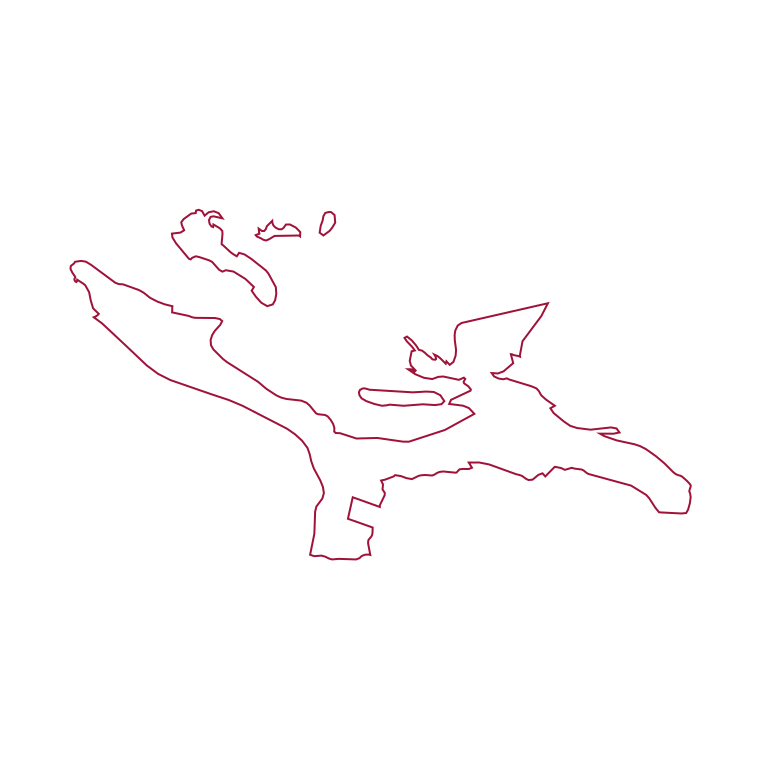 an SVG outline of Quezon, rotated 315°
{"feature_id": "PHL-2572", "entity_name": "Quezon", "entity_type": "Province", "adm_level": 1, "iso_a3": "PHL", "parent_name": "Philippines", "parent_adm1": "", "projection": "equal_earth", "projection_center": [122.011, 14.191], "detail": "fine", "context": "isolated", "style": "outline", "palette": "rose", "viewbox_px": 768, "rotation_deg": 315, "n_neighbors": 0, "source": "natural_earth", "source_scale": "10m", "svg_char_len": 5167}
<svg xmlns="http://www.w3.org/2000/svg" viewBox="0 0 768 768"><g transform="rotate(315 384 384)"><path d="M251.9,79.1L256.8,82.7L259.7,86.7L261.1,92.5L265.6,122.5L267.2,125.9L270.0,129.1L277.2,144.4L278.6,149.5L279.5,157.5L282.0,165.4L285.4,172.8L289.4,179.4L288.2,180.3L285.9,182.6L284.8,183.5L294.0,197.7L295.4,200.9L297.1,203.5L311.1,217.8L313.8,221.9L314.1,225.1L309.9,226.4L301.8,226.8L296.9,228.0L292.5,230.3L289.1,234.2L287.8,238.8L287.8,252.0L288.4,257.3L296.5,293.4L297.4,304.2L299.8,315.8L301.6,320.7L304.3,325.4L313.7,337.2L315.9,342.4L316.2,346.5L315.2,356.8L316.2,359.0L320.4,364.2L321.3,367.0L320.9,371.8L319.8,376.2L317.9,379.9L315.2,382.4L315.2,384.5L318.2,387.8L326.0,403.1L341.1,417.4L356.6,438.1L360.8,442.4L394.6,459.6L426.8,469.0L427.0,461.0L424.6,455.3L416.0,444.2L420.2,442.6L440.5,449.9L441.6,449.2L442.0,445.3L441.1,440.1L441.9,438.7L445.0,437.9L445.0,436.0L439.9,434.0L431.2,420.6L427.5,417.4L421.6,414.6L416.6,407.8L413.0,399.1L411.4,390.6L413.7,392.9L414.2,394.2L414.6,396.9L415.9,396.9L416.1,390.0L418.6,385.8L426.7,380.4L429.5,382.1L430.2,377.1L430.3,370.1L431.1,365.9L433.8,366.7L434.5,372.7L433.9,379.8L432.8,384.5L434.5,387.3L435.0,390.8L435.1,394.7L435.9,398.8L435.6,399.9L435.9,401.2L437.4,403.1L438.4,403.2L439.4,401.9L440.1,400.1L440.4,398.8L441.6,402.1L442.0,405.7L442.0,413.3L444.2,412.1L444.0,416.9L448.6,417.5L454.7,414.6L459.0,410.9L465.2,402.9L468.7,399.2L472.2,396.6L477.5,394.8L482.0,395.7L557.0,442.8L543.3,447.2L512.2,451.7L500.1,460.0L499.5,460.9L499.0,459.6L496.1,455.2L495.5,453.4L494.8,452.6L490.1,460.6L477.5,459.6L472.0,457.1L467.9,452.4L467.2,456.5L468.9,461.2L471.8,465.1L474.8,466.8L475.6,469.1L486.5,489.6L488.7,494.9L488.5,498.6L487.2,503.0L487.5,509.4L489.4,520.2L484.5,518.8L483.4,524.5L484.7,537.8L486.1,545.3L489.5,551.8L497.8,562.4L513.8,575.2L517.0,579.9L516.2,584.8L511.1,581.4L501.6,571.8L502.9,576.6L508.7,588.5L518.5,603.7L521.1,608.9L523.1,614.9L525.2,627.2L526.2,638.5L526.2,650.8L526.6,654.1L527.5,656.4L528.6,658.2L529.3,660.2L529.7,666.5L529.6,670.0L529.3,672.5L528.1,673.5L526.0,674.5L524.0,675.7L523.2,677.6L520.9,680.8L515.8,684.7L510.1,687.9L506.4,688.9L502.6,685.7L487.8,669.3L488.4,663.2L490.7,652.6L491.0,647.9L486.9,630.6L464.9,592.1L464.4,590.1L464.0,586.2L463.2,584.1L459.0,578.7L457.5,576.0L451.2,572.6L449.8,568.6L446.2,563.3L432.7,563.4L432.9,559.2L428.9,557.4L421.4,556.7L418.3,554.1L417.4,551.6L416.6,546.5L415.3,543.9L413.5,540.9L401.5,515.3L395.8,506.8L388.4,499.5L387.0,505.4L383.7,504.0L379.9,500.0L377.0,497.7L372.7,497.9L371.9,497.3L363.9,487.6L361.0,485.4L358.3,484.3L355.8,483.8L353.4,482.8L348.8,477.5L346.2,475.2L343.7,473.5L336.5,471.0L333.3,466.4L330.8,461.0L327.4,456.3L325.5,456.2L317.1,452.4L313.7,450.2L312.3,454.3L308.4,457.5L307.6,461.5L305.9,463.1L295.3,466.8L294.1,468.0L281.8,442.0L263.2,453.8L274.5,477.5L270.3,481.4L268.7,482.4L267.1,482.9L263.3,483.2L262.3,483.5L260.1,485.4L253.4,495.2L252.6,493.8L249.9,491.3L246.8,489.9L243.5,489.8L240.2,488.3L228.4,475.7L223.3,471.4L221.8,468.8L220.3,464.4L218.3,461.0L212.9,456.4L211.0,452.5L228.8,440.7L245.0,425.6L249.6,422.8L259.4,421.4L264.4,418.6L268.0,413.6L270.7,407.3L274.7,394.0L278.1,386.9L281.7,381.3L284.7,375.1L286.0,366.0L285.5,356.4L283.8,347.0L268.6,299.5L262.9,285.5L256.2,272.2L254.9,269.6L235.7,230.1L231.4,217.0L229.4,203.3L228.6,174.5L227.5,141.9L226.0,131.6L227.4,132.2L228.9,132.6L230.4,132.8L231.9,132.7L231.8,124.8L235.7,117.6L240.4,110.6L242.6,102.9L242.3,100.3L240.8,93.3L240.3,93.7L239.4,94.3L238.5,94.3L238.2,93.2L238.8,91.3L239.8,90.6L240.9,90.4L241.4,90.0L242.4,84.7L243.7,80.9L246.0,79.1L250.1,79.6L251.9,79.1L251.9,79.1ZM376.2,138.1L381.5,138.6L385.8,141.5L387.9,146.3L386.9,152.6L382.1,145.0L379.6,143.2L376.2,144.3L374.0,147.3L373.4,150.6L374.2,152.2L376.2,150.6L378.0,157.8L377.9,161.4L375.9,163.7L368.8,169.6L368.0,170.5L368.3,171.9L368.7,182.6L369.2,185.6L370.2,189.6L374.3,188.8L377.0,193.8L378.6,201.4L380.8,220.3L380.3,224.4L376.0,239.0L371.7,244.0L366.4,247.7L361.7,249.1L356.5,246.4L354.7,239.8L355.1,231.8L356.4,224.5L360.6,223.4L360.3,211.7L357.1,198.1L352.6,191.7L349.2,190.3L348.2,186.7L348.8,176.1L347.8,172.9L342.9,163.2L341.2,160.6L337.5,159.1L335.4,159.2L334.6,157.5L336.4,137.7L338.0,130.8L340.4,127.7L347.1,133.0L351.4,134.0L353.3,128.9L355.0,126.3L359.0,125.7L368.2,127.2L371.7,130.0L373.7,128.5L376.2,129.8L377.6,133.2L376.2,138.1ZM398.4,410.2L408.4,419.1L413.6,424.9L415.9,431.8L414.5,438.8L410.4,438.9L405.4,435.2L397.1,425.8L382.5,413.3L373.5,402.7L370.9,401.0L367.3,398.1L363.0,391.2L359.4,383.6L358.0,378.3L358.7,374.6L360.4,372.1L362.8,371.2L365.6,372.0L367.0,373.1L367.9,374.5L369.7,377.8L398.4,410.2ZM427.4,201.9L430.3,204.7L432.3,211.1L432.2,217.4L429.0,220.3L428.8,218.8L411.3,201.9L405.2,200.4L402.0,199.1L400.7,196.7L399.8,193.4L398.4,189.9L398.6,188.0L402.2,189.6L402.8,188.5L405.3,185.5L405.9,189.5L407.5,191.1L410.0,190.9L412.8,189.6L420.4,189.6L418.9,191.3L417.9,193.8L417.9,196.7L418.9,200.0L421.0,202.2L423.3,202.6L427.4,201.9ZM466.7,223.4L468.2,225.2L468.5,229.6L463.6,235.4L458.5,236.7L453.9,237.3L446.2,236.1L445.5,231.5L451.1,227.4L456.2,225.0L459.8,222.5L463.4,221.5L466.7,223.4Z" fill="none" stroke="#9f1239" stroke-width="2"/></g></svg>